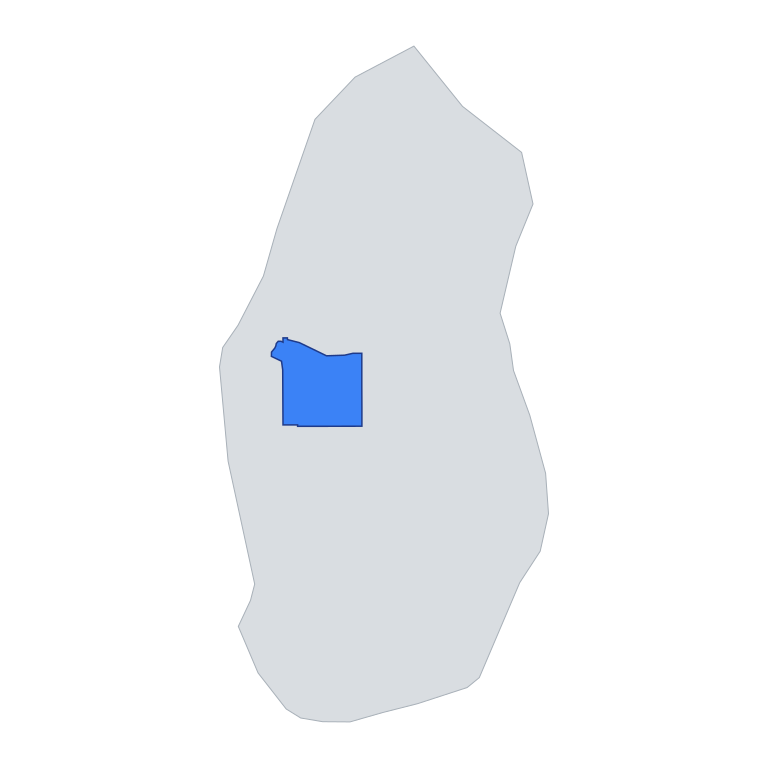 85, Ar Rayyān, Qatar (highlighted)
{"feature_id": "91078587B12839905472934", "entity_name": "85", "entity_type": "district", "adm_level": 2, "iso_a3": "QAT", "parent_name": "Qatar", "parent_adm1": "Ar Rayyān", "projection": "albers", "projection_center": [50.97, 25.364], "detail": "fine", "context": "in_parent", "style": "filled", "palette": "blue", "viewbox_px": 768, "rotation_deg": 0, "n_neighbors": 0, "source": "geoboundaries", "source_scale": "gbopen_adm2", "svg_char_len": 936}
<svg xmlns="http://www.w3.org/2000/svg" viewBox="0 0 768 768"><path d="M417.5,703.7L382.8,712.5L350.0,721.9L322.7,721.7L300.7,718.0L286.2,709.0L258.1,673.0L238.3,626.4L250.5,600.4L254.7,584.1L228.1,461.2L219.5,366.9L222.7,347.5L238.0,325.3L263.4,276.1L276.9,228.8L315.0,119.3L355.1,77.1L413.9,46.1L462.5,106.4L521.6,152.4L533.0,204.0L515.8,246.2L500.1,313.2L509.8,343.9L513.5,370.5L529.8,415.3L545.6,473.3L548.5,513.7L540.2,551.2L519.7,582.7L479.3,677.6L467.2,687.5L417.5,703.7Z" fill="#d9dde1" stroke="#a8b0b8" stroke-width="1"/><path d="M283.0,424.9L297.6,424.9L297.6,426.3L321.1,426.3L361.9,426.2L361.9,408.0L361.8,386.4L361.8,353.3L352.9,353.3L344.5,355.2L326.5,355.8L308.6,347.1L299.3,342.6L287.5,339.6L287.4,337.9L283.0,337.9L283.0,342.2L281.1,341.3L278.2,341.3L276.3,343.5L275.8,346.0L274.8,348.1L272.4,351.0L271.5,352.1L271.4,356.4L281.5,361.2L282.7,369.8L283.0,424.9Z" fill="#3b82f6" stroke="#1e3a8a" stroke-width="1.5"/></svg>